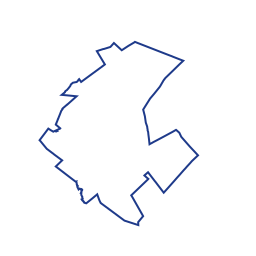 outline of Mier y Noriega, Nuevo León, Mexico, rotated 303°
{"feature_id": "50627088B47586163134003", "entity_name": "Mier y Noriega", "entity_type": "district", "adm_level": 2, "iso_a3": "MEX", "parent_name": "Mexico", "parent_adm1": "Nuevo León", "projection": "orthographic", "projection_center": [-100.208, 23.402], "detail": "fine", "context": "isolated", "style": "outline", "palette": "blue", "viewbox_px": 256, "rotation_deg": 303, "n_neighbors": 0, "source": "geoboundaries", "source_scale": "gbopen_adm2", "svg_char_len": 3308}
<svg xmlns="http://www.w3.org/2000/svg" viewBox="0 0 256 256"><g transform="rotate(303 128 128)"><path d="M204.0,86.9L203.1,86.6L197.1,83.6L189.8,80.4L191.6,69.9L186.4,69.1L181.2,64.8L180.7,64.2L175.5,60.0L168.7,74.0L141.1,63.6L142.4,60.4L141.6,60.2L140.4,60.3L138.6,59.9L137.6,58.8L135.9,57.1L133.4,56.4L131.7,56.7L128.5,56.4L126.5,56.1L125.1,55.5L124.7,55.4L124.2,55.4L124.0,55.5L123.8,55.6L123.5,55.6L122.0,55.1L121.6,55.0L121.4,54.9L120.8,54.7L120.6,54.7L120.0,54.5L119.7,54.4L122.5,59.7L125.2,64.9L125.6,65.7L126.6,67.6L114.5,64.3L114.5,64.2L113.8,64.0L113.4,63.9L113.2,63.8L111.9,63.5L111.8,63.4L111.5,63.3L110.7,63.1L109.4,62.7L108.9,62.6L108.5,62.5L108.3,62.8L106.0,62.7L104.6,63.0L101.2,63.7L100.1,63.9L99.1,64.1L98.7,64.2L98.3,64.3L97.9,64.3L97.7,64.4L97.3,64.4L97.2,64.5L96.7,64.6L96.3,64.6L96.0,64.7L95.2,64.9L94.5,65.0L93.9,65.1L93.7,65.2L93.4,65.2L93.2,65.3L92.8,65.3L92.6,65.4L92.4,65.4L91.9,65.5L91.5,65.6L91.4,66.7L90.8,71.4L90.6,71.4L87.0,69.1L86.8,69.2L86.8,70.2L85.9,69.6L86.1,69.0L86.2,68.6L84.4,67.4L84.2,67.3L84.2,66.1L84.1,65.4L84.1,64.5L84.1,62.9L84.1,61.5L78.0,61.1L69.6,60.5L69.3,61.8L68.9,63.0L67.5,67.4L66.3,71.2L65.8,78.0L65.8,78.7L65.8,78.8L65.7,79.6L65.6,80.4L65.4,83.5L65.4,84.2L65.3,84.8L65.3,85.2L65.0,90.4L56.4,88.4L54.8,108.7L54.6,111.5L54.5,112.8L54.5,113.2L54.7,113.4L54.9,113.7L55.0,113.8L54.6,113.9L54.0,114.8L53.9,114.8L53.8,115.0L53.4,115.3L52.7,115.8L52.4,116.2L52.5,116.4L52.3,116.7L51.8,116.9L51.8,117.0L51.9,117.5L51.3,117.6L51.2,117.7L50.9,117.8L50.8,118.0L50.6,118.2L50.5,118.5L50.3,118.8L49.7,119.8L50.4,119.8L50.8,120.4L50.6,120.7L50.5,120.9L50.6,121.5L51.0,121.6L51.1,121.9L51.4,122.1L51.4,122.7L51.4,123.1L50.9,123.4L49.5,123.4L49.2,123.7L47.9,123.9L48.1,124.3L46.5,125.2L46.0,126.0L45.7,126.6L45.4,127.1L45.2,127.1L44.6,127.7L44.1,128.5L43.8,128.6L42.9,128.0L42.5,128.9L42.7,129.1L42.3,129.8L42.1,130.5L42.3,130.6L42.1,131.2L41.9,131.1L41.5,132.1L41.8,132.9L42.1,134.0L49.7,136.5L53.3,137.6L53.6,137.7L54.2,137.9L55.6,138.3L52.2,142.8L51.5,143.8L50.3,145.8L50.3,146.1L50.2,146.2L48.4,175.5L48.6,176.2L52.2,189.5L54.6,187.8L62.3,188.7L72.1,169.9L73.3,167.4L74.1,167.6L96.2,172.8L96.4,172.8L96.5,171.8L96.6,171.0L96.8,169.5L97.0,168.8L97.0,168.3L97.1,167.6L97.7,167.7L98.0,167.8L99.3,168.2L101.8,168.9L101.6,169.5L100.9,171.4L100.6,172.3L99.9,174.2L99.5,175.4L99.2,176.2L99.0,176.8L98.2,179.0L97.8,180.3L97.6,180.9L97.1,182.3L96.8,183.1L96.3,184.5L93.2,193.2L100.2,194.3L108.8,195.6L111.6,196.0L114.3,196.4L115.3,196.6L115.7,196.6L116.6,196.8L118.9,197.1L123.0,197.7L125.2,198.1L128.1,198.5L129.7,198.8L129.9,198.8L132.1,199.2L135.0,199.6L142.4,201.4L143.2,201.6L143.4,200.8L146.1,189.9L149.6,177.5L152.0,173.6L152.6,169.5L152.6,169.3L148.7,167.3L146.9,166.3L141.4,163.3L133.6,159.0L132.9,158.6L132.2,158.2L130.1,157.0L128.7,156.3L128.1,156.0L127.5,155.6L126.1,154.9L130.4,151.4L133.7,148.6L135.7,147.0L136.6,145.8L137.5,145.2L137.9,144.8L138.4,144.3L139.4,143.5L139.7,143.2L142.2,140.0L147.0,135.8L151.7,130.7L164.7,130.5L169.4,131.1L171.0,131.3L179.7,132.2L179.8,132.2L181.0,132.2L184.8,132.0L185.3,132.0L186.4,131.9L188.3,131.9L188.4,132.0L188.5,132.0L190.3,132.1L195.9,133.4L209.1,136.4L209.5,136.5L214.5,137.7L213.4,132.5L212.1,126.1L212.1,125.8L211.7,124.1L210.7,119.4L204.6,90.0L204.0,86.9Z" fill="none" stroke="#1e3a8a" stroke-width="2"/></g></svg>